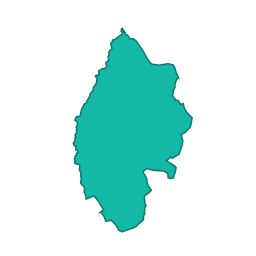 Kankara, Katsina, Nigeria (orthographic projection), rotated 66°
{"feature_id": "59680162B8390528040617", "entity_name": "Kankara", "entity_type": "district", "adm_level": 2, "iso_a3": "NGA", "parent_name": "Nigeria", "parent_adm1": "Katsina", "projection": "orthographic", "projection_center": [7.349, 11.973], "detail": "fine", "context": "isolated", "style": "filled", "palette": "teal", "viewbox_px": 256, "rotation_deg": 66, "n_neighbors": 0, "source": "geoboundaries", "source_scale": "gbopen_adm2", "svg_char_len": 3508}
<svg xmlns="http://www.w3.org/2000/svg" viewBox="0 0 256 256"><g transform="rotate(66 128 128)"><path d="M166.6,86.4L162.6,83.4L160.1,82.8L159.1,82.7L155.3,82.1L155.4,79.8L155.2,77.6L153.0,71.7L151.9,70.1L144.8,65.3L138.0,67.8L133.6,68.5L128.0,67.7L128.1,70.3L123.3,71.0L121.6,73.3L120.2,73.3L117.4,74.4L115.1,73.1L112.7,71.7L109.8,68.4L107.4,67.6L106.5,66.7L104.4,64.8L103.0,63.3L103.2,61.8L102.9,61.4L99.8,61.5L97.0,61.5L92.9,60.8L88.8,61.1L85.5,65.3L83.3,74.0L79.3,80.3L77.7,81.1L72.5,82.2L63.9,82.9L53.4,84.8L52.0,85.0L51.7,85.5L51.4,85.8L50.6,85.9L49.5,86.0L48.9,86.9L48.1,88.0L48.0,89.1L47.6,89.6L46.0,90.0L44.7,90.5L42.7,90.8L42.4,91.5L42.0,92.0L41.0,92.1L40.3,91.8L39.1,92.0L38.7,92.9L38.0,92.8L37.8,92.1L36.8,92.4L34.6,92.7L35.1,94.0L36.2,94.5L37.2,95.1L38.0,94.4L38.6,93.9L39.4,94.3L40.2,97.0L40.5,98.7L40.8,100.5L41.3,102.0L41.9,102.6L41.8,103.6L41.6,104.4L41.4,105.1L41.3,105.8L41.9,106.4L42.6,106.6L42.9,107.1L43.0,107.8L43.1,108.6L44.1,109.4L45.4,109.9L46.6,109.9L47.2,110.2L48.5,110.2L49.2,110.5L49.4,111.7L49.6,112.8L50.1,113.6L50.7,114.3L51.4,115.0L52.8,115.1L53.7,115.8L54.2,116.7L54.8,117.3L55.7,117.5L56.3,117.5L57.0,117.5L57.6,117.9L58.2,118.3L58.7,118.7L58.9,119.7L58.7,119.8L58.8,120.1L58.9,120.4L58.9,120.8L59.0,121.3L59.4,121.7L60.5,122.0L61.9,122.1L62.8,122.5L63.8,123.5L64.2,125.6L63.3,127.0L63.4,127.7L63.8,129.2L63.9,131.4L64.9,132.0L67.3,132.6L67.3,134.1L67.0,136.1L67.2,136.7L68.0,136.8L68.4,136.0L69.1,135.8L71.2,136.8L73.6,138.3L74.7,139.6L75.7,140.7L76.7,143.1L78.9,144.3L80.3,146.0L80.9,148.1L81.7,149.0L83.2,149.8L83.8,150.6L86.5,154.5L86.8,154.8L87.5,155.4L88.5,156.4L88.4,157.4L88.3,158.3L89.0,159.2L90.1,160.4L90.9,160.8L91.0,161.5L91.3,162.1L92.3,163.0L95.7,165.5L97.2,166.6L97.5,167.1L97.5,168.6L96.9,169.2L97.0,171.1L98.1,172.2L98.9,172.9L99.3,173.2L99.7,173.2L100.1,173.1L100.4,172.7L100.8,172.2L101.1,171.9L103.2,172.3L103.7,172.5L104.3,172.9L105.3,173.9L106.1,174.7L106.2,175.1L106.6,175.2L107.4,175.0L107.9,174.8L108.4,174.9L108.7,175.7L109.2,176.3L109.7,176.1L110.3,176.1L111.1,176.7L111.6,177.6L112.1,178.1L112.8,179.2L113.2,179.3L114.0,179.5L114.6,179.3L115.2,179.3L115.3,180.1L115.7,180.6L116.6,180.9L117.5,181.4L118.2,181.8L118.6,182.6L119.4,183.7L119.9,184.2L121.0,184.3L121.9,184.3L122.6,184.0L123.4,182.9L124.0,183.2L125.6,184.1L126.5,184.7L126.8,184.7L127.3,183.8L128.3,183.4L129.4,183.6L130.1,184.0L130.2,185.4L132.0,186.3L132.1,187.7L132.5,188.1L133.4,188.1L134.2,188.8L134.3,189.5L135.7,189.6L137.0,190.0L138.7,191.1L142.0,186.9L146.1,189.3L149.8,189.4L150.9,189.5L152.6,190.9L154.5,190.9L159.2,193.7L162.8,192.6L163.7,192.1L164.8,192.3L165.8,192.4L166.8,193.0L167.6,193.5L168.8,194.2L170.5,194.0L172.7,194.1L175.9,195.2L176.0,189.1L176.1,186.6L184.0,184.7L186.3,184.5L192.5,183.6L193.8,187.6L194.0,186.9L194.3,186.5L195.4,186.6L195.7,186.6L196.2,186.5L196.6,186.4L197.8,185.8L204.2,186.2L205.3,181.1L211.4,178.5L217.7,178.0L220.4,175.5L220.9,169.2L221.4,165.2L221.2,160.1L220.3,158.6L219.1,154.5L218.2,151.3L217.7,151.0L216.1,150.4L214.5,149.3L213.0,147.5L211.3,147.1L209.4,145.8L207.5,145.2L206.9,143.5L205.0,143.1L203.4,143.3L201.7,142.5L199.0,141.7L196.7,140.4L195.7,135.3L195.1,134.2L194.5,132.1L188.2,133.1L184.8,132.4L181.5,131.5L174.7,132.2L174.1,131.9L172.5,127.5L177.3,121.6L181.8,112.8L185.8,110.1L189.8,111.6L190.5,110.6L191.3,110.2L192.0,106.5L190.5,105.9L187.5,102.7L183.5,100.1L180.5,101.5L178.1,103.1L176.4,104.4L173.4,106.2L172.0,100.8L173.7,99.7L172.6,91.9L166.6,86.4Z" fill="#14b8a6" stroke="#0f766e" stroke-width="1.5"/></g></svg>